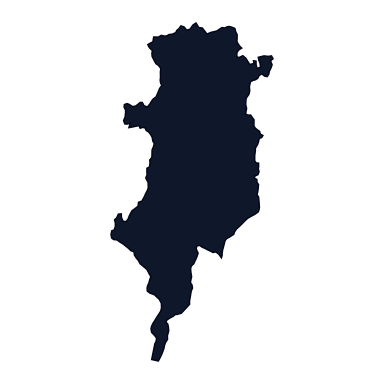 Uruana, Goiás, Brazil (Mercator projection)
{"feature_id": "56859067B12485635102711", "entity_name": "Uruana", "entity_type": "district", "adm_level": 2, "iso_a3": "BRA", "parent_name": "Brazil", "parent_adm1": "Goiás", "projection": "mercator", "projection_center": [-49.648, -15.615], "detail": "fine", "context": "isolated", "style": "filled", "palette": "ink", "viewbox_px": 384, "rotation_deg": 0, "n_neighbors": 0, "source": "geoboundaries", "source_scale": "gbopen_adm2", "svg_char_len": 3818}
<svg xmlns="http://www.w3.org/2000/svg" viewBox="0 0 384 384"><path d="M123.6,120.5L124.8,123.9L127.0,124.1L130.3,123.2L128.9,127.6L133.3,126.8L135.6,126.3L139.1,125.6L140.1,128.2L142.8,127.4L145.1,127.9L146.2,130.5L148.8,132.1L150.6,134.5L152.2,137.3L152.9,141.2L154.3,143.5L153.4,146.9L152.1,149.9L151.9,157.4L149.8,159.9L150.0,163.4L149.5,166.8L146.9,168.3L146.9,171.4L147.1,175.0L145.8,177.9L146.9,180.1L148.1,182.4L148.3,187.8L147.1,191.0L145.6,193.7L144.4,196.6L141.9,201.1L138.5,202.3L138.1,206.2L135.1,208.5L132.1,210.7L130.8,212.9L129.3,215.9L128.2,218.8L126.2,221.6L123.0,221.3L121.4,217.3L121.3,213.9L118.4,214.1L116.6,218.0L114.6,219.7L115.4,223.4L115.3,226.9L114.1,230.0L111.8,230.8L111.0,234.5L111.7,238.1L113.6,239.5L117.3,240.0L119.2,241.6L121.2,242.8L123.3,244.1L125.6,246.0L128.6,248.4L130.8,250.6L134.0,251.8L134.5,255.2L136.2,257.8L138.6,260.8L140.2,263.8L144.1,267.0L146.9,269.4L149.6,274.6L150.9,276.6L149.8,279.5L148.8,283.3L147.7,285.5L147.1,287.9L147.3,291.1L149.9,293.1L154.4,294.7L157.2,297.4L159.2,299.2L161.4,303.3L161.5,308.2L160.7,311.2L158.3,314.9L156.1,318.3L154.6,320.9L153.2,323.0L151.6,326.2L151.0,329.0L151.7,332.5L154.5,335.3L156.6,338.2L156.1,341.4L154.9,343.7L151.7,359.5L158.3,361.0L159.9,358.1L161.1,355.6L162.2,353.1L163.9,348.5L164.3,346.2L165.4,342.6L167.5,339.4L167.4,335.6L168.7,330.9L168.4,327.0L167.7,323.9L165.8,322.2L167.0,319.9L170.4,317.7L173.2,316.3L175.1,314.6L177.6,314.3L181.3,313.2L184.6,309.7L187.1,307.0L189.6,304.2L189.5,301.2L190.1,297.9L190.8,293.5L191.2,291.1L192.5,288.0L192.0,285.0L190.4,282.6L191.0,279.3L191.6,276.7L191.2,274.4L190.8,271.5L190.6,268.5L191.3,266.0L193.7,263.8L195.0,261.0L196.8,257.0L198.1,253.1L196.2,249.1L196.7,246.1L199.5,245.3L202.2,247.2L205.0,248.4L207.2,249.6L210.4,251.1L213.1,252.5L215.9,251.9L218.9,254.3L221.4,257.8L222.1,255.5L222.1,253.0L222.7,249.6L223.8,245.6L225.0,240.8L226.5,238.7L230.1,236.7L233.7,234.3L234.5,232.0L236.3,229.2L239.2,226.5L240.9,224.9L242.9,222.9L245.6,220.2L247.5,218.4L250.2,216.8L255.0,214.2L258.2,211.9L259.0,209.8L259.4,207.3L259.0,201.4L258.5,196.8L257.0,194.9L257.7,191.7L258.2,188.6L258.5,184.6L257.0,182.3L256.8,179.4L254.2,178.1L255.0,176.0L257.9,174.7L259.0,171.8L258.3,168.8L258.6,166.4L258.6,163.2L256.1,162.9L254.7,160.8L254.7,155.6L255.3,151.2L255.4,148.1L257.5,144.6L258.5,141.8L259.2,138.4L261.6,137.6L262.9,135.5L260.2,134.0L259.6,131.4L257.6,130.0L255.3,128.2L253.9,125.9L254.0,119.8L251.9,117.0L250.7,115.1L247.7,115.1L245.6,113.8L246.0,111.5L246.6,108.5L245.7,104.7L245.8,102.2L246.1,98.4L248.9,94.3L249.7,90.9L249.4,86.3L250.5,81.7L253.0,80.4L255.6,79.7L257.7,78.3L259.0,75.7L261.8,73.8L264.6,76.1L267.2,76.6L268.7,74.3L269.4,71.1L270.8,68.3L272.1,64.8L270.5,60.8L273.0,58.8L271.5,55.9L268.3,56.4L264.0,55.9L258.3,57.3L258.8,60.2L259.9,62.6L260.6,67.1L257.1,68.5L256.1,64.7L256.0,61.1L253.5,60.8L254.0,63.5L249.7,64.5L245.9,58.3L242.8,55.7L238.9,57.6L236.8,56.6L236.9,52.6L238.6,50.0L241.7,48.1L239.8,46.3L238.0,43.7L236.9,41.6L237.1,38.6L237.1,34.5L235.8,32.1L234.9,28.5L232.4,27.4L229.5,26.5L227.2,26.8L224.7,28.0L221.9,27.6L219.0,29.5L216.8,31.0L210.6,32.5L207.0,34.1L205.4,32.0L202.3,28.0L198.7,27.5L196.0,23.0L193.2,24.8L191.6,26.9L190.0,29.3L186.7,30.1L184.0,26.9L180.9,25.9L178.8,28.8L176.8,30.4L175.8,32.6L172.5,34.1L168.9,34.6L166.8,35.9L164.3,36.1L161.2,35.4L158.4,37.1L153.7,37.0L152.9,41.9L150.0,43.3L147.8,44.6L149.4,47.7L152.4,50.6L151.9,53.3L152.1,56.3L153.9,59.9L155.9,63.6L158.5,65.4L160.8,68.5L160.4,72.1L160.5,77.5L160.2,80.1L160.6,82.9L161.8,85.5L159.6,88.5L158.1,92.3L156.1,96.9L153.2,99.0L151.7,101.0L150.0,103.8L147.4,107.0L144.0,105.7L142.3,102.5L140.1,102.5L138.1,104.2L135.6,106.1L132.5,106.6L129.2,104.4L127.0,103.6L124.4,104.6L124.1,107.0L125.6,110.1L125.6,112.5L125.1,117.1L123.6,120.5Z" fill="#0f172a" stroke="#020617" stroke-width="1.5"/></svg>